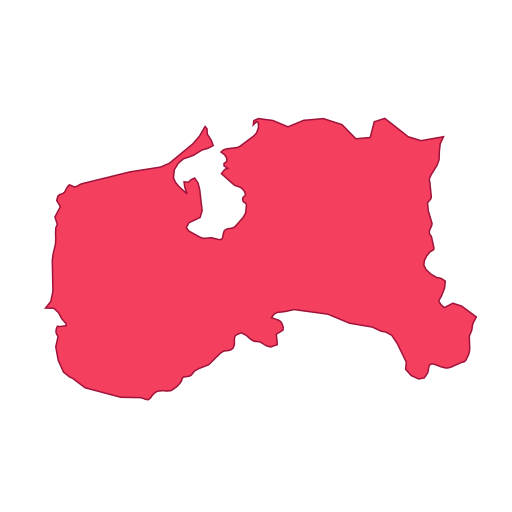 Tulcea, Mercator projection, rotated 175°
{"feature_id": "ROU-4847", "entity_name": "Tulcea", "entity_type": "County", "adm_level": 1, "iso_a3": "ROU", "parent_name": "Romania", "parent_adm1": "", "projection": "mercator", "projection_center": [28.807, 45.066], "detail": "fine", "context": "isolated", "style": "filled", "palette": "rose", "viewbox_px": 512, "rotation_deg": 175, "n_neighbors": 0, "source": "natural_earth", "source_scale": "10m", "svg_char_len": 3269}
<svg xmlns="http://www.w3.org/2000/svg" viewBox="0 0 512 512"><g transform="rotate(175 256 256)"><path d="M104.6,119.3L111.9,123.4L116.8,130.1L115.5,137.2L122.9,156.4L127.7,165.2L133.5,169.0L137.7,170.1L146.5,175.1L168.7,180.9L189.5,191.8L222.7,199.3L232.0,198.1L239.9,197.9L243.1,196.5L245.9,193.2L238.8,190.0L237.0,188.4L235.8,185.8L235.1,182.6L235.6,179.8L242.7,176.2L242.4,170.9L242.6,165.8L249.3,164.1L253.2,165.5L259.7,170.2L265.4,171.2L268.6,173.5L272.7,177.9L277.7,180.8L283.4,178.7L284.6,176.2L285.3,169.4L286.8,166.3L288.6,165.0L290.8,164.3L296.4,164.1L299.8,162.4L312.6,151.8L322.8,148.8L327.1,146.9L330.7,143.1L332.8,142.1L338.8,141.7L340.1,140.7L341.0,138.2L343.1,135.6L346.9,132.3L352.3,129.3L356.4,129.2L360.5,130.0L365.7,129.9L367.9,129.0L370.1,127.5L372.0,125.6L373.5,123.8L375.8,122.2L378.5,122.8L381.2,124.2L383.7,125.0L402.9,127.0L437.7,139.6L449.4,150.1L452.3,151.8L457.8,157.0L462.1,169.2L463.4,183.0L460.1,193.2L461.5,195.5L461.9,198.0L461.3,200.7L460.0,203.3L457.8,202.8L451.2,203.1L451.2,205.3L455.0,210.5L457.7,216.8L462.0,221.6L470.2,222.5L464.4,228.6L461.4,238.4L459.3,269.5L458.0,275.5L454.7,285.5L454.0,290.5L453.7,296.3L453.0,301.5L451.2,304.8L452.9,312.4L446.6,322.2L449.7,328.7L448.1,333.0L446.1,334.4L443.7,334.8L441.2,336.2L437.6,341.6L435.7,343.2L430.8,340.6L428.0,341.1L425.4,342.5L423.0,343.2L374.2,350.8L343.3,352.9L334.3,355.9L309.2,373.2L301.8,380.4L295.4,389.5L293.7,386.9L293.9,381.7L290.5,375.2L289.0,369.8L294.6,367.4L300.6,366.3L309.8,361.6L319.8,359.1L325.4,355.1L329.9,349.0L331.4,341.0L329.9,336.6L326.7,331.9L319.3,323.9L320.7,329.5L321.1,332.3L321.2,336.2L317.2,335.3L313.6,337.9L310.3,339.0L307.4,333.8L306.3,327.3L305.7,306.0L308.3,299.3L319.9,295.0L322.9,290.4L320.7,286.7L309.8,279.4L306.5,278.1L298.8,278.1L291.0,275.4L288.4,275.9L287.5,277.7L286.7,281.0L285.3,284.1L282.5,285.5L277.0,285.9L274.4,287.0L265.2,295.8L262.6,299.8L261.1,307.2L261.5,309.3L263.8,311.0L264.4,313.4L263.9,315.4L262.7,316.4L261.6,317.0L261.1,318.1L261.8,321.2L263.6,323.9L265.6,325.8L271.2,328.3L283.3,341.0L280.1,344.4L278.7,345.4L276.5,345.8L278.8,347.7L279.9,348.2L279.9,350.8L276.8,352.9L276.6,356.1L278.5,359.7L281.8,362.6L279.3,364.5L276.2,365.3L265.1,365.7L262.4,366.7L247.3,376.1L244.8,378.5L242.4,383.4L242.0,388.0L243.6,389.9L247.3,386.9L246.3,391.1L241.6,392.7L227.3,389.5L212.9,381.9L196.7,387.0L176.9,387.0L158.9,379.4L146.3,364.1L131.9,364.1L126.5,379.4L115.7,381.9L104.9,371.8L94.1,361.6L81.5,356.5L58.8,358.5L62.7,351.8L64.2,344.4L65.2,336.0L67.7,330.6L74.4,321.7L76.4,318.1L76.8,316.6L76.4,314.9L76.2,299.3L77.0,297.5L80.5,294.0L80.4,286.0L77.8,273.2L78.4,270.7L80.7,266.9L81.3,264.6L81.0,262.5L80.4,261.4L79.8,260.7L79.5,259.8L78.0,248.3L78.7,246.6L82.1,245.1L85.8,241.4L88.7,236.7L89.6,232.1L87.6,227.4L83.3,222.7L78.2,219.0L73.6,217.6L69.6,214.5L70.9,207.7L74.6,200.2L77.8,195.5L76.9,193.1L75.7,191.2L74.4,189.7L72.7,188.2L64.0,191.8L55.5,188.2L41.8,176.1L45.1,171.0L46.2,168.8L47.5,163.4L47.8,162.6L49.9,158.8L50.4,157.6L50.6,156.3L51.1,145.7L51.6,142.7L52.7,139.4L56.1,133.8L57.9,132.4L60.5,132.1L71.4,128.3L74.1,127.8L76.4,127.8L80.7,129.2L88.0,132.7L90.6,133.2L91.9,132.7L92.9,131.7L93.8,129.5L94.2,127.6L95.1,124.6L98.6,120.4L98.9,119.9L104.6,119.3Z" fill="#f43f5e" stroke="#9f1239" stroke-width="1.5"/></g></svg>